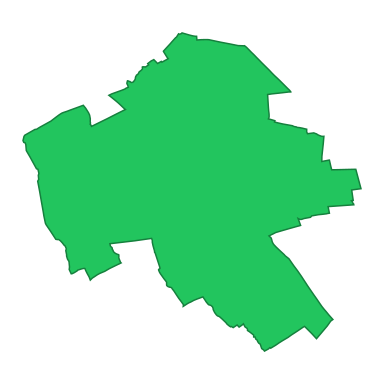 outline of Cucuteni, Iasi, Romania
{"feature_id": "2599482B58043741018899", "entity_name": "Cucuteni", "entity_type": "district", "adm_level": 2, "iso_a3": "ROU", "parent_name": "Romania", "parent_adm1": "Iasi", "projection": "robinson", "projection_center": [26.926, 47.277], "detail": "fine", "context": "isolated", "style": "filled", "palette": "green", "viewbox_px": 384, "rotation_deg": 0, "n_neighbors": 0, "source": "geoboundaries", "source_scale": "gbopen_adm2", "svg_char_len": 5010}
<svg xmlns="http://www.w3.org/2000/svg" viewBox="0 0 384 384"><path d="M67.0,111.3L63.4,112.5L61.7,113.2L59.2,114.8L55.7,117.4L50.9,121.1L39.7,127.3L36.5,129.3L35.0,129.4L24.8,135.2L24.0,136.4L23.0,140.6L23.8,142.4L25.0,142.7L25.8,144.5L26.3,150.6L29.8,156.6L36.5,168.8L37.9,169.2L38.9,173.5L38.3,175.3L38.5,177.4L38.7,179.4L37.7,181.2L39.6,191.2L41.2,200.4L43.2,211.6L43.9,216.0L45.4,223.2L46.1,224.7L50.2,230.7L53.6,235.9L55.8,239.3L57.4,239.6L58.6,239.5L60.3,240.7L62.2,242.7L64.2,245.3L65.2,246.1L66.3,248.7L65.8,250.7L66.6,254.7L66.6,256.1L67.5,259.1L69.0,261.5L69.5,267.0L69.2,269.5L71.2,273.8L72.1,273.7L74.2,272.7L77.1,270.9L77.8,270.1L81.9,268.8L84.0,268.4L84.9,268.5L85.8,270.7L87.4,273.9L89.1,276.9L90.3,280.1L92.4,278.0L94.0,277.0L97.4,274.7L99.8,273.4L104.8,271.3L108.7,269.0L110.4,268.1L121.1,262.9L120.6,262.4L119.8,260.5L119.2,259.0L118.8,257.9L118.8,257.2L118.9,256.0L118.7,254.7L118.1,254.5L116.6,254.0L114.9,253.0L114.1,252.3L113.4,251.5L112.9,250.0L112.7,249.9L112.3,249.4L112.3,248.7L112.1,247.8L111.8,247.4L111.2,247.0L110.4,246.0L109.9,243.7L134.7,240.8L151.6,238.4L152.1,239.8L152.3,240.6L152.3,242.3L153.0,245.6L154.5,250.9L154.6,252.3L155.2,253.1L159.4,266.0L159.9,267.7L160.0,268.4L159.9,268.6L158.8,269.3L158.6,269.6L158.6,270.0L159.4,272.0L160.3,273.6L164.0,278.8L165.9,281.2L166.6,282.3L166.6,283.6L166.6,285.0L166.8,285.6L167.6,286.3L168.2,286.7L169.7,287.2L170.9,287.4L171.7,287.9L172.2,288.8L174.0,291.1L176.4,294.8L178.8,298.4L181.4,301.8L183.2,304.4L183.5,304.8L183.4,305.4L183.2,306.1L183.2,306.4L187.2,303.8L188.7,302.9L190.8,302.0L193.9,300.3L197.4,298.9L202.9,296.9L205.2,300.3L206.2,301.9L208.0,304.1L208.6,304.7L210.9,305.4L212.4,306.7L212.8,307.7L213.2,308.7L213.2,309.6L214.7,312.6L216.4,314.9L217.5,315.9L218.4,316.2L219.5,316.7L222.0,318.9L226.1,322.8L226.3,323.2L227.0,324.1L228.9,325.7L230.5,326.8L231.3,326.5L233.2,327.6L237.1,325.0L239.1,327.1L241.9,325.2L243.4,323.8L245.0,326.9L247.1,328.4L247.5,329.4L247.5,330.5L249.5,331.8L253.6,335.0L253.7,337.0L255.1,337.0L255.7,339.0L257.1,340.1L257.7,341.6L258.7,343.1L259.5,343.7L260.2,344.1L261.7,348.6L263.5,349.8L264.5,351.1L268.7,348.8L269.3,348.1L269.9,347.6L270.4,347.9L270.7,348.2L275.7,345.2L279.0,342.9L282.8,340.5L287.9,337.5L291.5,334.9L297.5,331.0L303.1,327.2L304.5,326.4L305.8,327.6L311.8,333.6L312.9,334.8L316.5,338.7L327.3,325.9L330.7,321.1L332.9,319.5L328.9,315.0L327.1,312.8L323.9,309.0L321.9,306.5L319.6,303.2L316.4,298.5L313.7,294.7L307.8,286.1L301.6,276.6L297.5,270.7L293.6,265.5L288.9,258.7L285.2,255.8L284.2,254.6L280.4,251.1L276.2,247.1L274.1,244.9L273.1,243.6L272.2,241.7L271.8,240.0L271.5,239.0L271.3,238.3L271.0,237.8L270.5,237.3L270.0,236.9L269.0,235.9L275.8,232.5L283.3,230.3L289.9,228.4L300.6,225.4L298.1,218.5L299.8,219.4L301.5,219.4L304.1,218.5L310.5,217.3L311.7,215.9L318.4,214.7L322.4,214.3L326.4,213.8L327.6,213.5L329.4,213.2L328.1,206.6L353.8,204.8L353.6,203.9L353.0,203.5L352.4,201.9L351.3,200.8L352.0,200.5L353.2,200.4L351.7,190.0L355.0,189.5L361.0,188.7L359.7,183.9L355.8,169.3L354.5,169.4L354.4,169.3L337.5,169.7L331.7,169.8L330.7,165.9L329.4,160.1L329.1,160.1L321.8,161.5L321.9,156.4L323.3,143.3L323.9,136.3L322.8,136.4L321.2,136.2L318.7,135.2L317.1,134.4L316.8,134.0L315.9,133.7L313.8,132.9L310.0,133.4L307.5,133.7L306.9,132.4L306.7,132.1L306.7,129.2L305.3,128.9L302.5,128.2L299.4,127.6L297.1,127.4L296.6,127.0L294.0,126.5L292.4,125.7L282.9,124.0L278.0,122.9L274.5,122.0L274.9,120.7L270.5,119.4L268.4,118.9L269.1,117.1L269.1,114.8L269.0,113.4L268.7,111.1L268.4,107.4L268.1,102.7L267.6,94.5L271.8,93.9L275.5,93.5L281.9,92.8L287.0,92.2L288.6,92.0L290.5,92.0L290.8,91.9L290.4,91.3L289.4,90.1L287.5,88.3L284.9,85.7L282.4,83.2L279.6,80.4L277.3,78.2L274.5,75.6L272.2,73.3L269.2,70.1L261.8,62.8L259.1,60.0L256.4,57.3L254.3,55.1L251.5,52.4L246.6,47.4L245.4,46.4L244.5,45.7L244.0,45.9L243.8,45.8L238.1,45.6L230.7,44.1L220.7,42.2L213.6,40.7L208.9,39.7L207.3,39.6L204.6,39.6L201.2,39.7L196.9,40.0L196.6,36.3L195.6,36.3L192.9,35.9L189.6,35.1L182.0,32.9L181.6,33.5L179.7,34.2L179.0,34.0L178.6,33.8L177.6,35.3L176.5,37.1L175.6,37.7L172.0,41.7L170.0,44.0L166.4,47.9L163.4,51.2L163.9,52.2L165.9,55.4L166.8,56.9L168.2,58.7L161.9,62.2L161.3,61.4L157.6,63.5L153.8,59.6L152.5,60.3L151.2,60.9L147.7,63.6L148.6,64.9L145.7,66.9L144.5,66.9L143.5,66.8L142.4,66.9L142.3,67.4L142.4,68.1L142.4,68.7L142.3,69.1L141.8,69.7L141.3,70.2L140.7,70.7L139.4,71.7L139.0,72.1L138.8,72.8L138.1,73.9L137.7,74.4L137.3,74.7L136.8,74.9L136.4,75.3L136.3,75.7L135.7,76.6L135.5,77.2L135.3,78.7L135.1,79.5L134.3,80.6L133.3,81.9L132.8,82.2L131.7,82.5L130.8,82.3L130.4,82.1L130.2,81.7L129.9,81.5L128.9,81.3L127.9,80.8L127.5,80.8L127.0,82.5L126.9,83.6L127.8,85.4L128.3,87.3L126.0,88.2L125.1,88.9L124.0,89.4L121.7,90.3L111.7,93.9L108.9,95.3L111.7,97.5L116.1,101.1L118.1,102.8L120.7,105.2L123.5,107.9L125.4,109.5L116.0,114.2L107.0,118.8L91.5,126.4L90.9,125.0L90.1,124.2L90.5,123.1L90.2,121.5L90.3,118.8L89.6,115.1L88.5,112.7L85.6,108.1L83.3,105.3L70.7,109.9L67.0,111.3Z" fill="#22c55e" stroke="#15803d" stroke-width="1.5"/></svg>